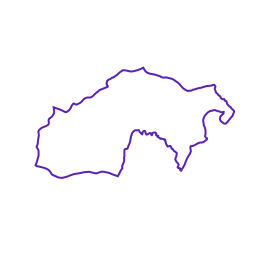 the district of La Victoria, Boyacá, Colombia, rotated 44°
{"feature_id": "7082276B50936254037238", "entity_name": "La Victoria", "entity_type": "district", "adm_level": 2, "iso_a3": "COL", "parent_name": "Colombia", "parent_adm1": "Boyacá", "projection": "orthographic", "projection_center": [-74.222, 5.516], "detail": "fine", "context": "isolated", "style": "outline", "palette": "violet", "viewbox_px": 256, "rotation_deg": 44, "n_neighbors": 0, "source": "geoboundaries", "source_scale": "gbopen_adm2", "svg_char_len": 5189}
<svg xmlns="http://www.w3.org/2000/svg" viewBox="0 0 256 256"><g transform="rotate(44 128 128)"><path d="M154.2,169.7L153.8,168.3L153.2,166.2L152.4,163.9L152.1,162.5L152.1,161.4L151.6,160.5L150.9,160.1L150.2,159.5L150.0,158.7L149.5,157.5L148.8,155.7L148.1,154.6L147.3,153.4L146.1,152.5L145.5,151.6L144.4,150.1L143.4,149.2L142.3,148.0L141.5,147.2L140.6,145.9L140.6,145.1L140.9,144.5L141.6,144.0L141.8,143.5L141.7,142.6L141.3,141.7L140.7,140.6L140.2,139.2L139.6,137.6L139.1,136.4L138.3,135.4L137.7,134.5L137.2,133.6L136.9,133.2L136.1,132.2L135.7,131.7L135.6,130.9L135.2,130.1L134.7,129.2L134.4,127.9L134.4,126.5L134.5,125.5L134.9,124.5L135.7,123.8L136.4,123.0L137.3,122.1L138.0,122.3L138.7,122.7L139.8,122.8L140.4,122.7L141.8,122.8L142.5,122.7L142.5,122.3L141.9,121.5L141.5,121.2L141.4,120.7L141.3,119.8L141.6,119.1L142.1,118.4L142.5,118.4L143.0,118.7L143.8,119.2L145.1,119.7L145.8,119.9L146.3,119.5L146.7,118.4L146.9,117.0L147.2,116.4L147.8,116.0L148.3,116.2L148.9,116.5L149.7,116.7L150.1,116.6L150.1,116.1L149.7,115.6L149.3,114.9L149.2,114.4L149.7,113.4L150.5,112.5L151.1,112.2L151.9,112.3L152.2,112.4L152.5,112.9L152.9,113.5L153.6,113.6L154.0,113.4L154.7,112.8L155.1,112.8L155.1,113.3L155.4,113.8L155.9,113.7L156.9,113.4L157.6,113.1L158.6,113.3L159.1,113.0L159.4,112.3L160.1,112.1L160.8,111.7L161.7,111.1L162.2,110.7L162.7,110.7L162.8,111.0L162.9,111.4L163.1,111.5L164.0,111.3L164.4,111.5L164.7,111.8L165.5,112.4L166.6,113.0L167.8,113.3L168.7,113.7L169.4,113.8L170.0,113.0L170.4,112.0L171.0,111.5L171.5,111.6L172.0,111.7L172.4,111.7L172.8,111.9L173.0,112.1L173.6,112.5L174.1,112.5L174.8,112.1L175.4,112.2L176.3,112.5L177.3,112.5L178.3,112.3L179.3,112.2L180.2,112.0L180.9,112.6L181.7,113.7L182.3,114.7L182.9,116.0L183.4,117.2L183.9,117.8L184.5,118.0L185.2,118.3L186.1,118.6L187.0,118.7L188.4,118.7L189.5,119.1L190.1,119.4L190.4,120.1L190.7,121.2L190.9,121.7L191.4,121.9L192.1,121.8L192.6,121.4L193.1,121.0L193.5,120.9L193.9,121.1L194.3,121.7L194.9,122.0L195.4,122.0L195.9,121.7L195.4,120.1L194.8,117.2L194.1,114.8L192.9,112.2L192.1,110.2L191.1,106.8L190.5,103.8L189.5,101.2L187.9,99.9L186.5,98.9L185.7,97.5L186.7,96.5L187.5,95.1L188.2,93.1L188.9,90.5L190.0,88.3L191.1,87.3L192.1,85.6L192.5,82.9L192.6,81.2L192.1,80.6L191.5,80.6L190.4,80.8L189.0,80.3L188.7,79.5L187.4,77.9L186.5,77.0L185.2,75.7L183.2,74.4L180.9,73.5L179.3,72.3L177.1,70.6L175.8,68.9L174.9,66.5L174.6,64.9L174.6,61.4L175.1,59.1L176.2,57.5L176.6,57.0L177.0,56.0L177.6,55.2L178.3,54.7L178.9,54.3L179.8,54.0L180.9,53.5L181.6,53.1L182.1,52.7L182.6,52.5L184.0,52.0L184.8,51.4L185.3,50.4L185.6,50.0L186.2,50.6L186.6,51.3L186.7,51.9L186.5,53.3L186.5,54.6L186.5,55.8L187.2,56.7L188.4,58.0L189.3,58.4L190.3,58.6L191.1,58.5L192.3,58.3L193.8,58.1L194.5,57.7L195.0,57.2L195.4,56.4L195.4,55.2L195.0,51.0L194.7,46.6L193.2,42.9L192.5,42.2L191.3,42.0L189.4,42.0L188.8,42.0L187.8,41.8L187.1,41.7L186.5,41.9L185.8,42.1L185.0,42.0L184.2,41.9L183.6,42.0L183.0,41.9L181.9,41.5L181.0,40.8L180.3,40.4L179.9,40.5L179.2,40.7L178.7,41.1L178.3,41.0L177.8,40.6L177.2,40.4L176.7,40.8L176.1,41.5L175.5,41.8L174.5,42.0L173.5,41.8L172.9,41.3L171.7,41.2L171.0,41.4L170.2,41.6L169.4,41.3L168.4,41.2L167.4,41.4L166.1,41.1L165.3,40.5L164.4,40.2L163.4,39.7L162.7,38.9L162.2,37.5L161.3,37.2L160.0,37.0L159.4,37.7L158.8,39.0L157.9,40.4L155.4,43.2L152.6,48.3L150.9,50.6L149.2,53.8L148.1,55.4L147.7,56.9L145.2,59.9L142.3,60.8L140.8,61.0L138.7,61.1L136.9,60.9L134.6,60.7L132.1,60.7L130.1,61.1L128.3,61.4L126.3,61.8L124.5,62.6L122.5,63.8L120.7,64.8L119.9,65.5L119.4,66.3L118.1,67.5L116.2,68.3L115.0,68.5L113.9,69.1L111.9,70.1L109.4,71.4L108.2,72.3L105.5,74.0L102.9,75.0L100.9,75.0L99.0,74.6L97.1,74.0L96.8,75.0L95.9,77.2L94.6,79.9L93.8,81.2L92.6,83.2L91.3,84.9L89.5,86.3L87.3,87.6L85.7,88.6L84.1,90.2L83.9,91.0L83.7,92.3L83.4,93.6L83.4,94.5L83.2,95.7L83.3,96.8L82.9,98.7L82.6,100.6L81.6,103.4L81.2,105.1L80.5,106.5L80.4,107.4L80.3,108.5L80.9,109.7L81.8,111.0L83.2,111.8L84.6,112.1L84.8,112.5L84.2,113.8L83.6,115.1L82.6,117.4L81.3,120.1L81.0,121.9L81.0,123.2L80.6,125.7L80.6,128.7L80.4,130.4L79.9,131.9L79.3,132.7L77.7,134.1L76.6,136.0L76.4,137.2L76.1,138.3L76.3,140.2L76.4,140.9L76.3,142.1L75.9,143.9L75.2,145.7L74.7,146.9L74.3,147.3L73.1,147.7L72.4,147.9L71.9,148.2L71.7,149.1L72.1,151.1L73.1,154.3L73.2,156.6L72.9,158.4L72.6,159.4L71.8,160.1L69.6,160.8L67.0,161.7L64.9,162.5L62.6,163.7L60.8,164.4L60.1,164.8L61.0,165.5L62.7,166.7L63.8,167.8L64.6,169.1L65.2,171.3L65.4,173.0L65.1,174.6L64.9,176.0L65.0,176.8L65.9,178.0L66.8,178.7L67.8,179.6L68.2,180.4L68.3,181.4L67.9,183.2L67.0,185.1L66.0,187.3L65.5,189.5L65.6,191.7L66.0,192.9L67.4,193.9L69.1,195.3L70.7,197.7L71.9,199.5L73.7,201.6L74.5,203.0L75.0,204.6L75.8,205.3L77.3,205.6L78.4,206.0L79.6,206.7L81.8,208.8L83.1,210.4L84.7,213.4L86.5,216.8L87.4,219.0L88.7,218.9L90.5,217.7L92.9,216.3L95.1,215.1L97.2,214.1L99.4,213.5L101.3,213.4L103.6,213.7L104.5,214.1L105.2,214.3L107.0,213.9L108.8,213.2L112.1,212.0L115.0,210.0L116.7,207.4L117.3,206.3L118.2,204.9L119.5,201.8L121.4,198.3L124.4,194.4L126.7,190.9L130.3,186.6L133.0,185.0L135.5,183.6L136.9,182.5L138.1,180.0L138.8,178.6L139.4,177.7L140.9,176.4L143.4,174.8L145.8,173.3L148.2,172.5L152.4,170.6L154.2,169.7Z" fill="none" stroke="#5b21b6" stroke-width="2"/></g></svg>